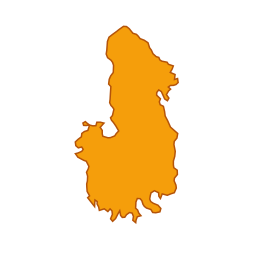 Bom Sucesso do Sul, Paraná, Brazil, rotated 237°
{"feature_id": "56859067B68315991379649", "entity_name": "Bom Sucesso do Sul", "entity_type": "district", "adm_level": 2, "iso_a3": "BRA", "parent_name": "Brazil", "parent_adm1": "Paraná", "projection": "mercator", "projection_center": [-52.844, -26.085], "detail": "fine", "context": "isolated", "style": "filled", "palette": "amber", "viewbox_px": 256, "rotation_deg": 237, "n_neighbors": 0, "source": "geoboundaries", "source_scale": "gbopen_adm2", "svg_char_len": 2408}
<svg xmlns="http://www.w3.org/2000/svg" viewBox="0 0 256 256"><g transform="rotate(237 128 128)"><path d="M151.4,97.4L147.8,93.0L148.8,89.5L148.6,86.3L146.0,84.1L145.7,80.0L145.0,76.2L141.6,74.6L138.4,75.5L137.3,78.8L134.5,78.8L133.6,76.5L134.3,72.4L135.1,69.9L130.7,70.1L124.8,73.4L122.9,74.9L117.1,74.3L115.3,72.3L113.5,69.1L109.6,67.9L105.7,65.1L103.6,62.9L101.1,61.4L97.1,59.2L92.0,58.8L91.5,56.2L80.3,57.2L83.1,59.2L85.6,61.1L83.1,62.1L81.1,60.7L77.8,60.4L74.5,59.1L73.1,64.1L68.9,65.6L69.9,68.9L67.2,69.4L64.1,67.9L61.3,63.9L58.1,64.3L58.8,68.2L61.4,72.7L63.1,76.0L58.7,74.2L56.1,74.5L54.9,76.7L56.1,79.5L56.3,83.2L54.4,85.1L50.9,84.4L48.0,81.8L44.4,82.9L46.4,84.6L48.5,87.5L47.4,91.1L50.7,90.7L54.0,91.4L56.6,90.7L59.6,92.9L61.6,94.3L63.8,97.4L62.1,99.7L59.5,100.0L55.8,99.0L53.3,99.0L50.8,99.9L47.2,102.8L43.7,102.7L41.8,105.1L40.3,109.1L42.6,111.7L46.9,111.1L51.1,108.2L53.9,107.0L56.6,107.5L59.1,109.8L61.1,112.0L61.0,116.0L57.1,118.4L53.9,116.7L51.2,116.8L54.1,120.8L50.2,124.3L49.4,128.3L48.5,131.6L51.3,135.8L54.0,137.1L58.6,137.9L60.7,139.7L62.1,144.1L65.8,146.3L69.7,144.8L72.4,146.0L75.6,148.1L78.8,151.8L82.7,154.9L89.1,157.5L91.6,159.5L92.9,163.5L96.3,166.7L105.6,164.1L112.4,165.2L117.8,165.7L122.0,167.7L126.9,169.5L130.0,167.7L132.9,168.5L134.8,171.1L139.9,169.9L142.1,171.4L143.2,174.5L140.4,175.8L132.4,174.6L129.4,175.9L130.8,178.6L135.1,178.4L137.0,182.2L137.4,184.9L140.4,184.1L140.6,186.7L139.0,189.3L138.3,191.9L138.8,194.8L142.5,196.5L143.4,193.4L147.2,196.6L151.6,193.7L153.5,197.3L155.4,199.8L159.4,196.6L161.9,196.6L165.7,192.7L167.8,191.8L170.4,192.3L172.5,190.5L176.7,189.4L180.6,190.0L183.6,189.8L188.6,191.2L192.8,189.4L196.4,186.8L199.5,186.6L201.9,186.1L204.8,183.7L210.7,183.1L213.9,182.0L215.7,179.6L215.5,174.4L215.1,169.9L214.9,165.8L214.5,161.5L211.8,157.9L208.5,155.4L204.8,152.6L201.9,150.0L198.1,149.2L194.0,150.7L191.4,150.8L188.4,150.0L182.6,145.9L181.1,141.8L179.1,138.8L175.4,135.7L172.1,136.2L164.4,130.5L161.8,128.6L159.2,126.4L156.2,126.0L153.8,126.4L151.4,126.4L146.9,121.7L146.1,118.9L143.6,118.4L140.4,118.8L136.2,118.9L130.6,118.6L129.7,115.0L128.6,112.6L129.5,108.0L130.7,105.9L132.9,104.0L134.8,102.4L137.1,103.2L140.0,105.1L143.7,105.0L145.2,110.5L148.0,107.9L149.8,105.0L147.4,102.3L149.0,99.6L151.4,97.4ZM151.4,97.4L154.3,96.3L156.6,95.7L156.7,92.9L154.4,92.2L152.9,94.2L151.4,97.4Z" fill="#f59e0b" stroke="#b45309" stroke-width="1.5"/></g></svg>